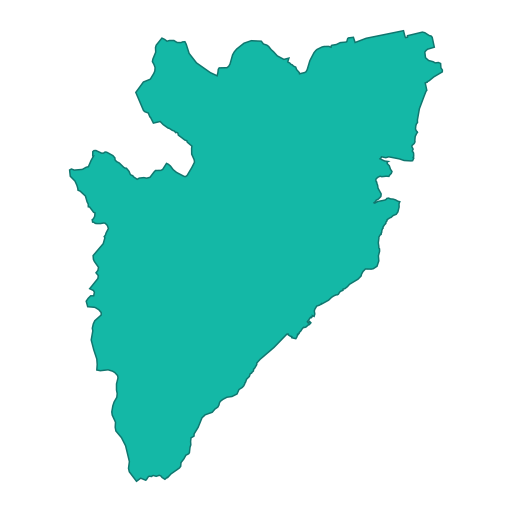 Paltinis, Caras-Severin, Romania
{"feature_id": "2599482B25505724064349", "entity_name": "Paltinis", "entity_type": "district", "adm_level": 2, "iso_a3": "ROU", "parent_name": "Romania", "parent_adm1": "Caras-Severin", "projection": "albers", "projection_center": [22.135, 45.385], "detail": "fine", "context": "isolated", "style": "filled", "palette": "teal", "viewbox_px": 512, "rotation_deg": 0, "n_neighbors": 0, "source": "geoboundaries", "source_scale": "gbopen_adm2", "svg_char_len": 5961}
<svg xmlns="http://www.w3.org/2000/svg" viewBox="0 0 512 512"><path d="M136.5,481.3L140.7,478.2L145.7,480.2L146.4,479.7L148.1,477.0L149.1,476.2L151.7,476.5L152.4,475.7L153.4,475.5L156.2,476.3L159.3,475.3L160.8,475.9L162.1,477.5L164.9,479.3L167.2,477.3L167.6,477.6L171.0,473.9L179.4,468.0L180.7,466.3L181.0,462.6L183.8,459.0L185.9,455.2L188.6,453.8L189.4,452.7L190.0,447.3L190.8,444.9L190.6,441.5L191.0,437.9L194.0,436.1L194.1,433.9L198.1,427.4L202.0,417.8L205.2,414.8L212.3,412.2L214.9,409.1L217.8,407.1L218.9,405.1L219.5,402.7L220.4,401.3L223.0,399.3L227.0,397.2L232.0,396.5L237.0,394.0L239.0,389.5L242.3,387.4L243.7,385.9L244.9,383.5L244.9,382.9L245.6,382.1L246.5,379.3L249.3,376.5L250.2,373.8L251.6,373.1L251.7,372.6L253.4,371.0L253.6,369.1L254.4,368.6L256.7,364.7L256.8,363.0L260.1,359.3L273.9,347.5L286.5,334.5L287.1,334.0L288.2,334.1L288.2,334.8L290.5,336.3L291.7,336.5L292.0,337.0L291.6,337.3L291.7,337.7L295.8,338.7L296.8,337.1L297.3,335.7L298.6,333.8L297.6,334.6L297.5,334.3L299.1,333.5L299.2,332.6L300.8,331.0L302.2,328.8L303.7,327.3L304.6,327.5L306.0,327.0L308.1,325.1L309.3,324.6L310.9,322.8L309.6,321.4L308.3,323.0L307.3,321.8L310.4,317.5L310.8,317.2L311.2,317.7L311.7,317.4L311.8,316.8L312.5,316.2L312.4,315.6L314.1,316.4L314.8,314.0L314.3,311.0L314.8,309.3L316.7,306.1L319.8,305.0L321.4,303.7L321.5,304.1L328.6,300.2L331.5,297.4L333.6,296.0L336.2,294.8L337.0,294.9L338.3,294.3L339.7,292.1L340.6,291.3L342.3,290.6L342.1,290.5L342.9,289.9L343.2,289.0L344.8,288.7L347.4,286.7L349.5,284.3L358.1,279.1L361.1,276.0L361.6,274.0L363.0,271.5L365.4,269.0L371.3,269.1L373.3,268.7L377.0,266.3L378.8,260.9L378.4,255.8L379.6,251.2L379.5,248.8L378.8,247.8L378.8,246.3L378.3,242.8L378.9,238.2L378.8,237.3L380.0,235.1L381.1,234.4L381.3,233.9L381.0,233.3L381.7,232.3L381.8,230.7L382.4,228.9L383.1,228.1L382.9,227.3L384.5,224.8L385.8,223.5L385.9,222.2L387.0,220.8L387.1,219.7L389.7,217.9L391.1,217.4L393.2,215.5L396.2,214.3L397.9,211.9L399.1,207.0L399.0,203.8L399.8,201.7L397.8,201.2L395.6,199.9L393.1,199.1L390.5,198.9L388.6,198.1L386.9,198.4L386.0,199.5L384.8,200.1L377.8,201.5L375.0,203.0L374.3,203.1L374.0,202.8L375.3,201.7L376.2,200.2L378.3,199.1L380.6,196.8L380.9,196.4L381.1,194.6L381.1,193.8L378.0,188.1L377.6,185.2L376.6,182.7L376.8,182.2L376.0,181.2L375.8,179.7L376.2,178.8L377.8,177.3L380.0,176.2L381.8,176.7L386.2,176.2L388.9,176.4L389.8,174.9L391.3,173.4L392.0,171.5L390.5,169.3L389.3,165.8L387.3,163.7L387.1,162.1L388.2,161.5L384.6,161.0L380.0,158.8L381.3,157.5L381.5,156.8L385.8,157.7L388.7,156.8L399.4,158.9L404.1,160.5L411.0,160.9L412.6,160.7L413.8,158.1L413.1,157.6L413.7,156.2L413.6,153.4L413.3,152.3L412.5,151.6L412.3,151.0L413.1,149.1L411.9,146.7L411.9,145.9L412.3,145.2L414.1,143.6L414.7,142.6L415.0,141.5L414.8,140.6L415.2,136.5L416.7,133.3L417.5,132.4L417.2,131.7L416.3,130.9L415.5,129.0L415.8,125.8L416.5,123.7L417.5,122.6L417.4,120.0L419.4,108.7L424.2,95.9L426.0,91.3L426.8,90.3L425.2,82.9L427.8,82.0L426.7,82.0L429.2,80.7L433.8,76.9L442.3,71.9L442.4,70.1L440.9,67.8L440.6,63.5L438.4,62.5L435.2,62.9L433.1,61.7L428.6,60.5L425.5,57.7L424.8,52.1L426.0,50.5L427.6,49.2L434.3,47.2L432.2,37.3L431.1,36.0L429.3,35.6L424.8,32.7L422.4,32.1L407.5,35.7L407.5,37.2L405.6,37.6L405.0,36.6L403.5,30.7L366.1,38.3L355.1,42.5L353.4,37.3L348.5,37.9L347.7,38.5L346.8,41.6L345.8,42.1L340.3,42.6L336.4,44.5L331.8,45.3L331.4,45.5L331.0,47.2L328.7,46.4L324.1,46.5L322.0,47.0L317.1,49.4L315.8,50.5L314.0,52.7L310.5,59.4L309.8,60.9L307.2,69.6L306.0,71.8L304.5,72.6L299.5,73.8L299.3,72.6L296.6,69.6L295.7,67.1L293.6,66.2L292.2,64.8L291.0,64.4L289.7,63.0L287.9,62.1L287.8,61.6L288.9,58.1L283.9,59.4L277.3,55.9L273.5,51.7L271.2,49.7L268.6,46.4L266.8,45.1L263.4,44.0L261.3,41.2L251.3,40.7L244.0,43.2L236.7,49.0L234.4,51.7L232.6,54.8L230.0,64.1L228.7,66.3L227.0,67.7L219.2,67.9L218.3,69.3L217.9,72.6L217.1,75.8L210.3,72.6L196.5,62.9L189.1,53.4L186.2,44.2L184.9,41.7L182.6,41.9L181.0,42.6L177.1,42.5L173.9,40.5L169.5,40.5L167.0,41.2L164.6,39.4L161.9,38.1L156.2,45.2L155.5,47.6L155.7,52.2L152.9,59.0L152.4,61.6L154.0,64.5L155.1,67.6L154.8,71.1L153.7,73.6L150.3,79.2L143.4,82.0L135.8,92.4L143.5,110.5L144.8,111.7L148.3,113.0L149.9,117.0L150.5,117.4L153.4,123.1L160.2,121.5L163.2,124.6L168.1,128.1L169.4,128.4L172.2,130.3L174.2,131.0L175.7,132.6L176.0,132.3L177.5,132.7L178.0,133.4L178.3,135.1L184.9,140.1L186.8,140.7L187.3,142.2L191.9,146.1L191.6,148.4L191.7,154.2L194.2,159.8L194.5,162.2L191.9,167.4L187.1,175.5L185.7,176.5L184.3,176.5L176.5,172.4L173.2,169.7L170.5,166.1L168.4,164.3L166.5,163.4L162.7,169.4L160.9,170.4L155.5,170.5L154.2,171.8L150.0,177.3L146.6,178.2L143.9,177.6L139.2,178.1L137.2,179.3L133.5,176.8L132.7,175.6L131.4,175.3L130.2,174.2L129.0,171.3L126.4,168.2L125.0,168.1L123.7,167.3L119.3,163.0L116.6,161.6L115.0,159.8L114.9,157.9L112.9,155.6L107.3,152.5L105.8,152.0L104.7,152.2L103.6,153.1L101.7,153.2L95.9,150.5L94.0,150.6L92.8,151.6L92.7,156.4L92.5,156.5L93.4,156.3L91.1,160.4L88.4,166.7L86.1,167.3L82.4,169.4L74.3,170.1L71.4,169.0L69.6,170.0L70.3,176.3L75.0,181.1L76.9,185.3L77.8,188.4L78.0,190.2L80.1,191.1L85.4,196.0L87.1,201.9L88.2,203.9L88.3,206.8L89.6,207.0L93.6,212.3L95.0,212.9L94.7,216.3L93.4,218.8L92.2,219.7L92.6,222.1L93.7,222.2L95.3,223.4L97.1,223.6L100.4,223.6L103.6,223.0L105.1,223.2L107.3,225.4L108.4,228.5L106.1,232.9L105.4,235.2L104.2,236.6L104.9,237.8L103.2,243.7L93.1,255.6L93.4,259.3L94.4,261.5L98.5,267.3L97.9,270.4L96.0,272.8L98.3,275.6L97.9,278.5L89.7,288.7L93.4,290.5L94.4,292.1L93.7,295.8L90.7,295.8L88.2,298.3L86.2,301.2L87.7,306.7L94.6,307.3L95.7,307.8L98.8,309.7L101.2,312.6L101.2,315.0L94.8,320.7L93.3,323.9L92.3,328.2L92.8,330.9L91.2,339.9L93.7,349.6L96.8,359.0L97.2,364.5L96.8,370.0L100.3,370.7L108.1,369.8L112.6,371.2L114.9,372.6L117.6,375.6L118.0,377.9L116.5,383.9L116.5,390.0L117.2,393.6L116.8,397.3L114.1,402.0L112.8,405.9L111.8,411.9L112.2,415.0L115.5,422.2L115.2,427.3L115.9,431.0L121.5,437.7L125.6,445.8L129.4,461.6L128.5,468.3L129.3,471.8L136.5,481.3Z" fill="#14b8a6" stroke="#0f766e" stroke-width="1.5"/></svg>